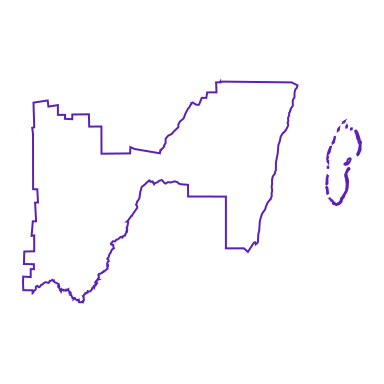 Othón P. Blanco, Quintana Roo, Mexico
{"feature_id": "50627088B47039366190393", "entity_name": "Othón P. Blanco", "entity_type": "district", "adm_level": 2, "iso_a3": "MEX", "parent_name": "Mexico", "parent_adm1": "Quintana Roo", "projection": "natural_earth1", "projection_center": [-87.878, 18.437], "detail": "fine", "context": "isolated", "style": "outline", "palette": "violet", "viewbox_px": 384, "rotation_deg": 0, "n_neighbors": 0, "source": "geoboundaries", "source_scale": "gbopen_adm2", "svg_char_len": 5975}
<svg xmlns="http://www.w3.org/2000/svg" viewBox="0 0 384 384"><path d="M32.6,293.1L33.2,292.6L33.8,290.9L35.3,290.0L35.8,288.9L35.9,286.6L37.4,285.9L38.7,287.2L39.5,287.1L41.2,284.8L42.2,284.6L44.1,282.9L45.6,282.2L48.7,282.9L49.8,280.9L50.3,281.1L52.3,279.9L52.6,280.4L53.9,280.4L53.8,281.5L55.1,282.4L58.7,284.1L59.0,285.0L58.1,285.8L58.1,286.5L59.1,286.7L58.8,287.5L60.0,289.1L59.9,289.9L61.0,291.6L61.7,289.4L62.2,290.0L63.3,289.8L63.9,290.6L64.6,290.2L65.7,290.7L66.2,289.7L66.7,290.1L68.3,289.2L68.2,290.5L69.6,291.8L69.4,293.0L69.8,293.1L70.3,292.4L70.7,292.8L70.7,294.1L70.2,294.9L71.3,295.2L72.5,298.0L73.3,297.9L73.7,298.4L73.6,299.1L74.8,298.0L75.6,299.3L76.6,300.0L78.5,299.7L78.2,300.5L78.5,301.1L79.0,301.1L78.9,302.0L79.8,302.4L81.7,302.0L82.9,302.4L83.3,301.3L82.8,301.1L83.7,300.4L83.9,299.7L83.5,297.5L83.7,297.1L83.0,296.1L83.6,295.9L84.2,294.4L85.7,293.6L85.6,293.0L87.4,292.7L87.4,292.0L88.0,291.8L88.0,291.3L88.8,291.7L90.6,291.0L92.4,288.8L92.1,288.4L92.5,287.8L93.9,286.7L93.9,286.1L94.4,286.2L94.5,286.7L95.2,284.8L95.6,285.2L95.9,285.0L95.9,284.4L96.4,283.9L95.8,283.9L96.1,283.3L95.7,283.5L95.2,282.3L95.9,281.8L96.2,280.9L97.1,280.3L97.1,280.0L98.4,279.5L97.9,279.4L97.9,278.9L98.9,277.7L98.6,277.4L98.8,275.9L98.3,275.0L99.0,273.9L100.5,273.7L101.9,272.6L102.3,272.7L102.9,272.0L103.5,272.0L103.7,271.1L105.1,270.8L107.0,268.8L107.6,268.6L107.2,266.3L107.9,266.2L108.1,265.6L107.8,264.5L107.2,264.4L107.1,263.9L107.8,261.8L108.7,261.2L108.4,259.8L107.3,258.8L108.7,257.1L108.9,255.7L109.9,253.5L110.6,252.8L111.3,250.8L112.4,249.2L113.9,248.4L113.4,247.0L113.2,244.8L111.2,244.5L110.9,243.8L112.8,241.3L115.1,241.4L116.3,239.7L117.7,239.5L120.6,236.9L122.2,237.6L122.7,236.4L123.3,236.5L124.5,235.4L125.1,235.5L125.6,233.7L127.0,231.8L127.0,231.1L126.6,231.0L127.2,230.0L126.8,229.7L126.8,228.8L127.1,228.6L126.7,227.2L127.4,226.4L128.2,222.2L128.0,221.7L126.8,221.6L128.0,220.6L131.4,215.8L132.0,215.8L132.8,214.1L137.3,207.7L137.1,206.0L136.2,205.1L136.1,204.5L136.8,203.2L137.2,201.4L137.9,200.9L139.5,197.9L140.2,192.4L141.5,187.6L142.0,186.7L145.6,183.9L146.4,182.6L147.2,182.4L149.1,180.4L149.4,180.4L149.7,181.3L150.6,181.3L151.0,181.9L152.2,181.4L152.9,181.6L153.2,182.9L154.1,184.3L154.9,183.1L157.4,182.3L159.2,180.8L161.8,180.0L164.5,183.0L165.6,183.6L167.9,182.1L170.6,182.5L174.8,181.3L177.7,182.3L178.7,183.6L181.3,184.3L188.0,184.8L188.1,196.5L225.9,196.6L225.9,248.3L243.9,248.3L247.9,251.9L253.9,242.7L255.2,242.3L255.8,244.1L256.2,243.4L257.0,243.4L257.9,242.1L258.3,234.3L259.2,230.6L259.8,221.5L260.7,217.9L262.1,213.6L265.2,209.3L265.8,206.9L267.5,202.9L269.5,200.2L270.6,199.4L270.5,198.7L271.4,197.2L271.7,196.0L271.6,193.0L272.1,191.4L272.1,189.3L271.6,187.2L272.1,183.7L272.0,179.9L272.8,176.4L275.0,173.4L275.2,171.6L275.9,170.1L275.9,162.7L277.7,153.4L278.4,145.0L279.7,141.6L280.7,136.6L282.9,133.0L283.5,132.8L285.3,130.9L285.5,130.2L286.0,130.0L288.0,125.8L288.2,124.2L287.6,123.2L288.3,120.6L288.0,118.2L289.2,114.9L289.1,112.9L290.0,111.8L290.1,110.7L290.6,110.3L290.6,108.9L292.6,106.2L292.9,104.8L292.7,101.1L293.1,99.5L294.5,97.3L294.5,92.6L295.4,89.4L296.9,87.7L297.5,85.3L291.6,82.4L222.7,81.6L220.5,82.3L220.4,81.6L220.0,82.3L216.1,82.3L216.5,92.3L207.2,92.4L206.3,97.9L201.7,97.9L199.2,104.3L198.6,104.9L196.0,104.6L192.7,102.5L191.3,103.1L191.3,104.2L190.8,104.4L189.0,107.8L188.2,108.4L185.8,112.8L183.6,118.4L179.8,121.7L178.3,124.6L178.4,127.1L174.1,131.2L171.6,134.1L168.4,135.5L166.4,137.7L165.6,139.0L165.6,143.1L164.0,145.7L164.2,146.3L163.0,148.1L161.3,149.3L161.2,150.2L160.3,150.3L159.9,153.3L134.6,149.0L130.4,147.1L130.1,153.4L101.5,153.7L101.4,126.5L89.2,126.6L88.9,114.3L72.3,114.5L72.2,119.2L64.9,118.8L65.1,114.9L57.9,114.9L57.9,105.1L48.4,106.6L47.7,100.5L33.5,102.6L34.2,127.3L32.2,127.8L33.0,133.8L33.1,189.2L37.3,189.3L38.0,202.5L35.1,202.6L36.1,221.3L32.8,221.3L31.6,235.9L34.2,235.4L34.2,251.3L24.3,251.5L23.9,264.0L33.9,264.2L33.9,269.2L30.7,269.1L30.7,277.1L23.2,276.6L23.0,282.4L23.3,290.2L32.5,290.3L32.6,293.1ZM340.9,202.6L341.6,201.6L341.9,199.5L343.6,197.5L345.1,193.7L346.5,191.7L347.6,188.1L348.1,180.8L346.3,173.9L347.6,171.1L349.5,169.0L349.1,168.0L348.3,168.2L347.4,169.3L345.2,174.6L345.2,176.1L345.9,178.2L346.7,184.1L346.1,190.7L342.1,197.3L341.1,198.3L340.5,201.0L339.1,202.7L337.1,203.7L337.3,204.7L339.2,204.1L340.9,202.6ZM356.0,130.6L355.2,131.0L355.2,131.4L356.4,134.1L357.3,138.6L358.1,139.8L358.6,141.4L358.5,142.2L359.6,144.1L359.7,145.3L358.9,150.2L357.1,154.3L357.7,155.2L358.6,154.3L360.6,149.8L360.5,145.5L361.0,142.0L359.8,140.6L359.5,138.6L357.3,132.1L356.0,130.6ZM349.9,158.2L348.0,159.2L347.4,160.6L347.6,162.0L345.3,163.2L344.5,164.0L344.5,164.4L344.8,164.5L344.7,164.0L344.9,164.4L347.0,164.6L348.5,163.5L349.7,161.8L350.6,159.5L350.6,158.8L349.9,158.2ZM326.7,184.3L327.4,183.6L327.4,177.8L328.0,176.0L327.4,175.5L326.6,179.2L326.7,181.7L326.3,183.3L326.3,184.1L326.7,184.3ZM327.6,193.8L328.0,193.4L327.6,188.9L327.2,187.4L326.6,186.9L326.2,187.4L326.9,189.4L327.2,193.6L327.6,193.8ZM328.1,154.2L329.5,152.3L330.9,146.8L330.4,146.9L328.6,151.2L327.8,153.9L328.1,154.2ZM332.6,143.4L333.9,142.4L335.2,136.2L334.7,136.9L333.9,140.1L332.5,142.8L332.6,143.4ZM334.5,203.7L333.2,201.6L332.9,201.6L332.9,203.6L334.0,204.2L334.5,203.7ZM337.8,130.8L338.9,129.8L339.1,127.9L338.4,128.6L337.8,130.3L337.8,130.8ZM327.3,159.6L328.1,157.0L327.5,156.3L327.1,158.8L327.3,159.6ZM346.6,127.7L347.2,126.1L346.9,125.4L346.1,126.7L346.3,127.7L346.6,127.7ZM332.4,201.2L332.3,200.6L331.4,199.7L330.7,199.8L330.8,200.5L332.4,201.2ZM343.0,122.7L344.2,122.3L344.8,121.1L343.3,122.0L343.0,122.7ZM336.2,204.9L336.4,204.3L335.3,203.5L335.8,204.8L336.2,204.9ZM351.7,128.3L351.0,128.5L351.0,129.5L351.4,129.4L351.3,128.9L351.8,128.8L351.7,128.3ZM328.1,168.0L328.4,167.3L328.0,166.6L327.6,167.0L327.7,167.9L328.1,168.0ZM328.2,162.4L328.2,161.2L327.6,161.5L328.2,162.4ZM329.9,198.8L329.9,198.5L329.2,197.7L329.4,198.6L329.9,198.8Z" fill="none" stroke="#5b21b6" stroke-width="2"/></svg>